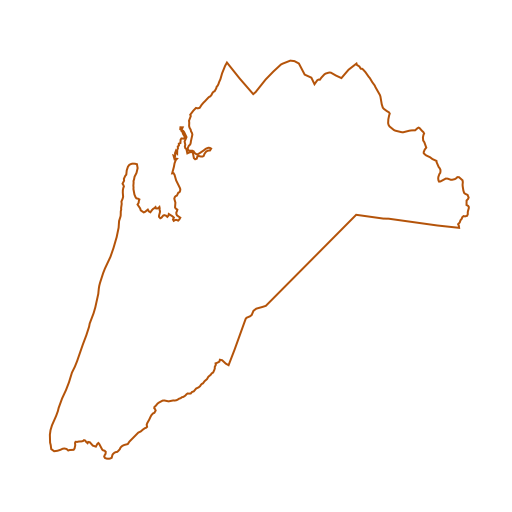 the district of Msambweni, Coast, Kenya, rotated 177°
{"feature_id": "3690345B18525828088972", "entity_name": "Msambweni", "entity_type": "district", "adm_level": 2, "iso_a3": "KEN", "parent_name": "Kenya", "parent_adm1": "Coast", "projection": "orthographic", "projection_center": [39.484, -4.373], "detail": "fine", "context": "isolated", "style": "outline", "palette": "amber", "viewbox_px": 512, "rotation_deg": 177, "n_neighbors": 0, "source": "geoboundaries", "source_scale": "gbopen_adm2", "svg_char_len": 6027}
<svg xmlns="http://www.w3.org/2000/svg" viewBox="0 0 512 512"><g transform="rotate(177 256 256)"><path d="M274.9,450.7L276.9,447.5L280.3,440.2L282.3,434.4L283.8,431.5L284.4,429.9L285.3,428.2L286.4,427.1L287.0,425.4L288.7,422.7L289.9,422.2L291.1,420.9L292.0,419.2L293.3,417.8L294.5,417.3L295.6,416.4L299.0,413.1L300.3,412.0L302.4,409.8L304.5,406.9L306.4,406.5L308.2,407.0L310.9,404.5L314.3,400.5L313.8,399.2L315.8,394.6L315.7,392.5L316.0,389.4L315.7,387.7L314.6,385.5L314.4,384.0L313.5,382.2L313.2,380.5L315.0,374.0L315.3,372.3L315.9,370.8L317.3,369.6L318.4,367.6L318.5,366.0L317.3,364.6L314.2,364.5L312.8,363.8L312.1,362.4L311.2,361.5L309.6,360.4L307.3,361.4L302.8,364.1L300.7,365.6L299.2,366.2L297.7,366.6L296.3,366.3L295.2,365.6L296.4,363.8L298.6,363.7L300.3,362.9L302.0,360.9L303.0,358.7L304.2,358.1L305.8,358.2L308.1,358.9L309.5,358.1L310.1,356.3L311.7,355.8L312.9,357.0L313.6,361.9L314.2,363.1L315.8,363.2L317.5,362.8L319.2,362.1L319.9,366.4L321.0,367.5L321.3,369.2L320.8,370.7L321.3,374.1L319.2,378.4L321.3,383.5L322.2,384.8L323.9,385.7L323.8,384.5L322.7,383.5L322.6,382.0L321.0,378.9L321.0,377.7L322.2,377.0L324.3,377.3L325.2,376.1L325.6,372.7L327.2,372.2L327.2,370.4L328.4,369.4L328.3,367.6L329.1,366.1L329.4,362.3L330.3,363.2L330.7,364.7L331.5,362.9L331.4,361.1L331.6,359.9L333.1,360.6L332.3,357.0L331.2,357.5L329.9,357.2L331.2,355.9L332.5,352.8L333.3,349.4L335.4,342.9L334.0,343.0L333.1,341.3L331.8,335.7L328.4,327.8L328.1,326.6L328.4,324.9L329.1,323.7L330.3,323.3L331.8,320.5L333.1,320.0L334.0,319.1L334.6,317.5L333.7,313.5L334.3,308.8L333.7,307.6L332.1,306.4L332.5,305.2L333.3,303.5L333.3,302.0L332.8,300.7L329.6,298.2L330.7,296.5L331.9,295.4L333.4,296.2L334.8,296.2L336.3,295.4L337.0,296.8L336.0,298.7L337.6,300.2L340.9,302.5L341.4,300.8L342.5,299.7L343.7,301.0L345.5,301.6L346.6,301.2L348.4,299.2L349.6,298.7L350.8,300.2L350.7,301.5L349.7,304.5L349.5,305.8L349.9,307.2L349.7,308.8L349.9,310.0L351.0,309.0L352.2,308.6L353.4,308.8L353.8,310.1L355.0,309.1L356.3,308.4L357.3,307.5L359.2,305.2L360.7,306.2L361.6,308.0L364.3,306.0L365.8,305.4L368.7,307.6L369.2,309.6L371.6,313.6L370.4,315.3L370.1,317.1L369.5,318.6L370.8,319.4L372.4,319.8L373.2,321.0L374.2,323.8L374.9,329.3L374.7,330.9L374.8,332.6L374.4,335.5L374.4,337.3L373.8,338.8L373.1,341.6L371.0,345.2L369.6,350.0L370.1,353.9L372.1,354.5L374.7,354.7L376.3,354.3L377.8,353.6L379.2,351.9L380.6,348.3L381.3,344.0L382.3,343.0L383.9,340.0L383.8,338.1L385.5,335.2L384.7,333.7L384.3,332.3L385.0,330.8L385.5,328.8L385.7,326.3L385.6,322.1L386.2,320.2L387.5,317.5L387.4,315.0L388.2,311.0L388.2,309.4L388.7,307.7L389.0,303.6L389.3,302.4L390.9,298.1L391.7,291.5L394.2,282.0L395.2,279.2L397.9,271.4L401.4,262.8L407.5,251.4L409.5,247.0L413.2,237.3L414.1,234.4L414.7,231.6L415.5,226.4L419.2,213.0L421.2,207.3L425.6,197.3L426.4,194.1L429.6,185.7L433.5,176.8L440.2,160.3L442.7,154.9L445.9,149.2L449.4,139.6L452.8,132.0L457.1,123.9L461.0,114.7L462.0,111.4L464.0,106.7L468.6,97.6L470.3,92.9L471.2,88.3L471.4,80.4L470.9,78.0L470.6,73.9L467.8,71.6L464.4,71.9L461.4,72.7L459.3,73.6L457.5,73.8L455.3,73.2L453.7,71.6L452.3,72.0L448.3,72.0L447.3,73.2L446.4,76.5L446.5,78.8L445.9,79.9L444.3,79.7L442.7,80.0L439.8,80.0L438.4,80.3L437.4,81.1L436.2,80.6L435.4,79.3L434.0,77.9L433.3,79.1L431.7,78.7L428.9,75.2L425.9,74.0L424.3,76.6L423.2,77.5L422.4,76.5L419.7,70.7L418.8,69.9L417.4,69.5L416.3,68.3L416.6,66.3L417.6,64.9L418.1,63.6L417.4,62.2L415.8,61.5L414.3,61.3L412.6,61.3L410.7,62.0L409.7,65.1L408.9,66.0L407.6,67.0L406.3,67.5L405.0,67.6L404.0,68.3L402.1,70.2L401.6,71.3L400.8,72.3L399.4,73.4L397.4,74.2L393.9,74.9L392.2,77.2L390.7,78.6L382.8,85.8L380.3,86.8L378.0,88.6L376.1,89.8L374.6,90.3L373.7,91.1L374.0,93.2L373.3,94.9L371.3,98.0L369.6,101.2L368.8,102.5L367.1,104.2L365.7,104.7L364.3,106.9L364.8,108.3L365.6,109.4L365.3,110.6L364.0,111.6L362.0,113.8L360.6,114.7L356.8,116.5L355.0,116.5L350.9,115.4L346.2,116.1L344.9,115.9L343.2,116.1L341.8,116.6L340.6,117.4L338.6,118.0L337.5,118.8L335.9,119.1L333.9,120.3L332.6,121.6L331.5,122.3L330.2,122.1L328.4,122.1L327.1,123.5L325.2,124.1L322.7,126.8L320.2,127.8L318.6,129.0L317.8,130.2L316.8,131.1L315.6,131.6L313.9,133.7L311.4,135.6L309.9,137.9L307.4,139.8L306.4,141.1L304.9,141.9L303.6,144.4L303.0,146.0L303.0,147.3L301.8,149.5L302.0,150.9L300.3,151.4L298.1,152.4L297.5,154.3L295.3,153.7L291.8,150.1L289.1,148.4L282.3,163.6L269.6,193.8L268.7,194.8L265.1,196.1L263.4,197.3L261.4,201.4L258.5,203.4L252.2,204.8L248.8,205.7L153.8,291.9L126.9,286.7L121.5,286.3L73.4,277.0L51.7,273.5L51.9,275.8L52.5,277.2L50.8,278.8L49.9,281.0L48.6,282.4L48.0,283.9L46.6,285.0L45.2,284.6L43.1,285.1L42.3,286.7L42.3,288.1L42.0,289.7L41.0,292.6L40.9,293.8L41.5,294.9L43.1,295.9L42.8,300.4L41.3,301.8L40.6,303.2L41.5,305.9L43.9,307.2L44.9,308.2L45.5,310.6L45.9,314.3L46.0,316.2L45.6,319.0L45.8,320.8L49.2,324.1L50.8,324.2L51.9,323.2L53.3,322.4L55.9,321.9L57.4,321.9L60.5,323.2L62.4,323.4L67.9,320.8L69.3,320.7L69.8,321.8L70.0,323.7L69.8,325.3L68.6,328.2L67.7,329.3L67.4,330.5L67.3,332.3L67.9,333.9L68.9,335.3L70.7,340.1L70.8,341.5L74.8,343.6L77.0,345.5L80.9,347.6L82.0,348.6L83.1,349.8L83.1,351.0L81.9,353.5L80.3,355.3L81.9,360.7L83.0,362.6L83.1,365.7L82.4,368.3L81.7,369.5L82.4,371.0L83.7,372.3L85.9,375.1L86.9,375.7L88.0,375.2L90.5,373.2L94.1,373.3L96.3,373.1L102.8,371.8L104.4,372.1L110.4,373.9L111.7,374.6L115.9,378.4L116.8,380.1L117.1,381.8L116.7,385.6L115.7,389.4L115.0,391.2L115.7,392.5L117.8,393.9L120.7,396.3L121.6,397.5L122.5,401.0L123.4,408.7L123.8,410.2L128.0,418.6L128.5,420.0L130.8,423.5L133.0,427.7L134.1,429.1L137.1,433.9L139.3,436.6L140.2,437.4L141.5,437.5L142.2,438.6L142.8,439.8L145.3,441.6L145.6,442.9L153.8,437.2L161.4,429.2L166.7,432.0L171.5,435.1L172.8,435.4L174.2,435.2L177.0,434.5L178.2,433.8L181.4,430.7L183.0,428.7L184.3,428.9L185.6,428.3L188.6,424.5L191.4,431.2L197.9,434.6L203.1,446.0L207.4,448.6L211.5,449.3L219.3,446.7L221.1,445.9L229.0,439.3L237.1,431.8L247.8,419.7L250.3,417.8L263.1,434.2L274.9,450.7ZM323.9,385.7L323.1,387.2L322.5,388.3L324.7,388.5L325.0,386.5L323.9,385.7Z" fill="none" stroke="#b45309" stroke-width="2"/></g></svg>